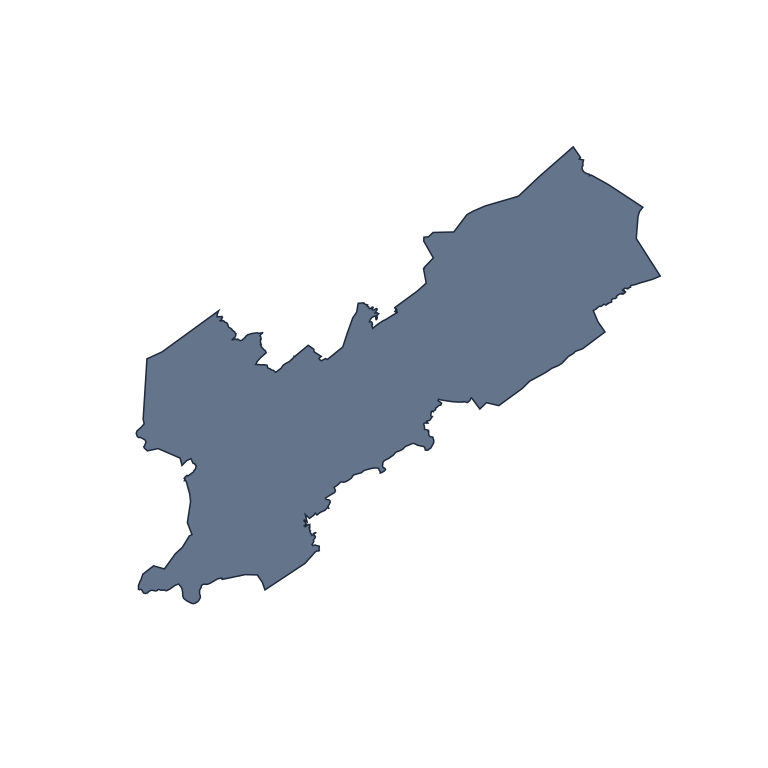 Tamasopo, San Luis Potosí, Mexico (Equal Earth projection), rotated 65°
{"feature_id": "50627088B81601149973315", "entity_name": "Tamasopo", "entity_type": "district", "adm_level": 2, "iso_a3": "MEX", "parent_name": "Mexico", "parent_adm1": "San Luis Potosí", "projection": "equal_earth", "projection_center": [-99.326, 21.931], "detail": "fine", "context": "isolated", "style": "filled", "palette": "slate", "viewbox_px": 768, "rotation_deg": 65, "n_neighbors": 0, "source": "geoboundaries", "source_scale": "gbopen_adm2", "svg_char_len": 6163}
<svg xmlns="http://www.w3.org/2000/svg" viewBox="0 0 768 768"><g transform="rotate(65 384 384)"><path d="M501.3,651.2L502.6,649.4L502.9,647.9L502.5,644.5L501.4,642.5L499.9,640.7L498.7,640.1L495.9,639.7L492.8,638.1L491.1,635.7L490.0,635.1L489.4,634.1L489.1,632.5L490.9,628.7L491.1,626.0L490.3,616.9L491.3,613.0L492.7,613.3L498.1,590.4L503.5,579.5L512.4,578.1L520.3,578.9L513.2,531.4L507.4,517.9L506.9,515.7L507.8,513.5L507.5,512.9L505.8,512.6L505.2,511.9L503.6,511.2L501.6,513.8L500.8,514.4L500.2,516.9L499.2,517.1L497.1,514.2L495.4,513.7L494.3,511.4L493.2,510.6L490.8,511.4L490.3,510.8L489.9,508.0L489.6,511.2L490.5,511.9L490.9,513.3L487.0,513.5L486.2,512.9L486.1,513.4L482.7,512.5L483.0,512.0L479.9,510.6L479.6,513.0L480.0,515.8L478.7,516.3L478.3,513.5L473.8,514.2L473.6,513.5L476.6,512.0L469.1,510.5L474.3,508.3L473.2,503.0L472.0,500.9L474.4,500.1L473.4,496.0L473.5,490.8L472.1,487.5L473.8,486.4L471.4,486.6L468.6,482.8L467.1,482.3L465.9,482.8L464.1,485.2L463.0,485.4L462.5,484.8L461.5,475.0L461.2,474.2L460.0,473.0L456.7,472.9L456.5,472.2L456.0,469.1L454.6,464.6L454.9,463.3L455.9,462.4L456.4,460.0L456.2,457.0L455.5,453.1L454.5,451.9L453.6,449.8L454.9,441.8L454.1,439.6L454.1,437.4L455.4,430.1L456.9,426.2L458.2,424.7L458.7,424.5L460.4,424.9L461.4,424.4L463.1,425.1L463.3,423.8L463.0,420.4L462.1,418.7L461.0,418.8L459.3,420.1L457.3,420.0L456.5,419.1L455.2,418.6L453.9,417.1L453.5,414.9L453.5,411.7L453.1,408.9L452.8,408.9L452.6,406.0L450.9,402.4L450.8,400.8L451.2,397.9L451.0,394.7L449.6,390.7L449.9,387.6L449.9,383.2L451.0,381.5L453.2,379.9L454.5,378.5L457.2,374.7L458.8,373.9L461.2,374.5L461.9,373.8L462.5,371.8L462.0,370.6L461.8,368.6L458.3,363.7L455.9,362.7L452.8,362.2L451.1,364.6L448.6,364.9L446.1,363.6L445.3,363.9L444.8,363.2L442.2,366.4L439.5,365.3L437.0,364.9L436.6,364.4L436.6,363.6L438.0,360.7L437.1,360.8L436.4,361.8L435.9,361.3L435.8,360.3L436.3,357.9L433.9,353.9L432.9,354.9L432.2,355.0L429.9,353.2L429.2,353.1L428.9,351.6L430.0,351.2L429.4,350.0L429.1,348.1L427.7,347.4L427.5,345.9L426.6,343.4L427.2,341.5L425.6,339.9L421.9,342.1L420.9,340.9L422.2,339.6L428.4,330.4L431.7,324.5L433.6,320.3L433.6,319.4L434.0,319.2L434.1,318.5L436.1,316.2L435.3,313.3L434.5,312.1L433.6,311.5L433.6,310.5L447.2,307.7L444.2,299.1L452.1,289.1L446.5,260.6L443.0,250.8L441.9,232.8L440.7,225.2L441.0,219.0L440.6,214.4L437.0,205.3L436.3,199.0L435.3,196.9L436.0,189.1L430.2,161.7L418.0,163.8L405.9,163.3L405.7,160.3L404.6,156.4L404.6,155.5L405.4,154.6L404.7,151.0L404.9,150.5L406.1,149.8L406.3,149.1L406.0,148.1L405.5,147.8L405.9,146.6L405.5,145.9L405.9,144.1L405.8,142.9L403.9,142.3L403.4,140.7L404.3,138.1L403.8,136.5L402.7,136.3L401.9,132.3L402.8,130.7L402.4,130.2L402.4,129.7L402.8,129.4L403.5,129.5L403.6,128.4L403.1,127.8L403.0,126.4L402.6,126.2L401.7,126.7L400.9,126.7L401.0,127.7L399.6,128.1L399.0,125.3L399.2,124.6L400.6,123.2L400.3,122.5L400.8,122.0L400.4,121.7L400.2,120.7L400.5,119.7L399.6,119.4L399.1,118.5L400.4,112.9L400.3,111.4L402.6,96.5L402.9,88.0L358.8,93.9L339.7,83.1L335.7,79.6L333.2,74.7L298.4,96.2L282.3,107.8L282.0,109.7L281.0,109.1L277.9,112.3L275.7,113.4L273.5,113.6L271.7,113.2L271.0,112.7L270.2,111.4L267.6,110.3L265.3,108.5L262.7,112.0L261.7,110.2L249.0,112.3L261.8,156.3L270.6,182.8L265.4,216.8L265.0,229.6L265.5,237.2L275.7,256.5L267.4,275.5L269.4,281.5L267.8,285.8L271.4,287.6L290.6,286.0L295.4,298.4L296.2,298.6L296.3,299.5L310.4,303.1L313.9,314.8L319.3,341.9L320.0,341.9L320.6,341.4L320.7,341.9L322.2,341.2L322.2,342.3L322.6,342.5L322.8,343.5L323.3,343.3L323.3,341.7L324.7,341.7L326.4,356.4L326.2,357.8L327.2,364.2L328.7,370.7L325.3,370.2L325.4,369.4L323.1,368.8L322.4,369.1L321.5,370.9L320.5,370.1L318.8,367.5L318.4,364.4L318.8,363.5L319.5,363.2L321.9,364.0L322.4,363.9L322.3,363.1L320.5,361.7L318.9,363.3L318.7,360.7L318.1,359.1L316.5,360.2L315.8,362.1L313.4,358.5L312.5,358.7L312.4,359.8L312.6,362.1L312.3,362.9L311.5,363.4L310.9,363.2L310.4,361.7L309.8,361.5L309.2,362.2L309.8,363.7L309.6,365.2L308.9,365.6L307.8,365.3L306.4,366.4L305.4,365.4L303.9,367.3L302.6,368.0L302.0,367.9L299.9,373.3L307.3,378.4L310.8,384.3L322.7,396.1L333.0,405.7L337.8,425.0L336.2,426.3L336.5,430.9L334.1,432.3L333.2,431.8L332.5,429.2L325.2,433.8L322.8,432.9L316.9,436.3L321.3,453.2L320.8,453.9L321.7,454.5L323.7,460.3L323.8,464.3L324.4,467.6L326.3,470.7L326.9,474.1L327.5,476.2L327.5,477.4L324.8,478.5L323.7,480.1L322.5,480.5L320.4,482.5L317.4,482.1L315.3,485.5L314.9,487.0L313.5,489.2L312.1,492.0L309.9,489.2L308.0,484.7L305.9,477.5L303.4,477.5L301.9,478.5L298.3,479.4L297.3,479.4L296.7,478.7L296.0,479.4L295.1,478.3L293.8,478.4L292.9,477.6L291.5,477.3L291.4,476.3L288.9,475.8L287.9,476.1L286.9,474.3L286.6,472.7L286.2,472.4L285.1,476.2L284.1,477.1L282.4,482.3L281.8,486.6L282.4,489.3L283.0,490.0L284.3,494.4L283.8,496.3L281.5,497.5L281.5,498.9L280.5,499.3L279.8,503.4L278.3,498.7L276.0,496.9L274.7,497.4L273.8,497.2L271.2,498.8L270.2,498.7L268.6,499.4L267.8,500.2L266.8,500.7L264.3,500.6L263.8,500.3L261.9,500.7L260.6,502.2L259.6,502.3L258.9,502.8L258.1,504.0L257.8,505.6L257.4,505.9L256.9,503.8L256.2,503.7L255.8,502.7L255.1,502.2L254.4,502.2L252.6,506.8L250.4,505.8L247.7,502.8L261.1,571.5L261.0,588.2L314.0,617.1L318.7,618.2L320.7,622.6L322.1,627.6L324.0,629.4L327.3,629.8L328.8,629.0L329.7,627.1L333.7,624.2L336.0,624.3L338.8,627.1L339.4,628.3L341.1,628.2L344.6,626.7L347.1,616.0L365.0,600.1L372.4,601.5L370.1,595.3L370.0,590.5L374.9,590.6L375.5,590.4L375.7,589.7L376.4,589.1L377.2,589.4L378.3,588.7L378.6,588.8L381.1,590.5L382.4,593.2L383.1,593.5L384.4,600.1L384.4,600.6L383.6,601.1L383.7,601.7L384.3,603.7L384.8,604.1L385.0,604.9L385.9,604.4L387.3,605.8L388.1,604.3L401.6,606.6L408.8,609.0L426.5,620.8L439.4,621.7L439.4,624.6L446.8,635.7L449.7,644.9L458.8,661.2L451.4,669.7L454.4,682.9L458.9,687.2L459.2,687.9L462.8,691.7L466.4,693.3L467.0,692.7L467.5,691.0L467.9,690.7L471.9,690.2L473.1,688.7L473.4,686.5L472.9,685.6L472.5,683.6L472.8,681.5L475.1,678.4L475.3,676.7L475.0,676.1L475.0,674.8L476.5,673.5L477.4,671.8L477.9,670.0L479.0,669.3L479.5,668.1L479.3,664.5L478.2,658.3L478.4,655.0L478.7,654.5L482.6,653.6L484.0,653.6L487.6,654.5L490.8,655.9L493.5,656.2L496.9,654.6L501.3,651.2Z" fill="#64748b" stroke="#1e293b" stroke-width="1.5"/></g></svg>